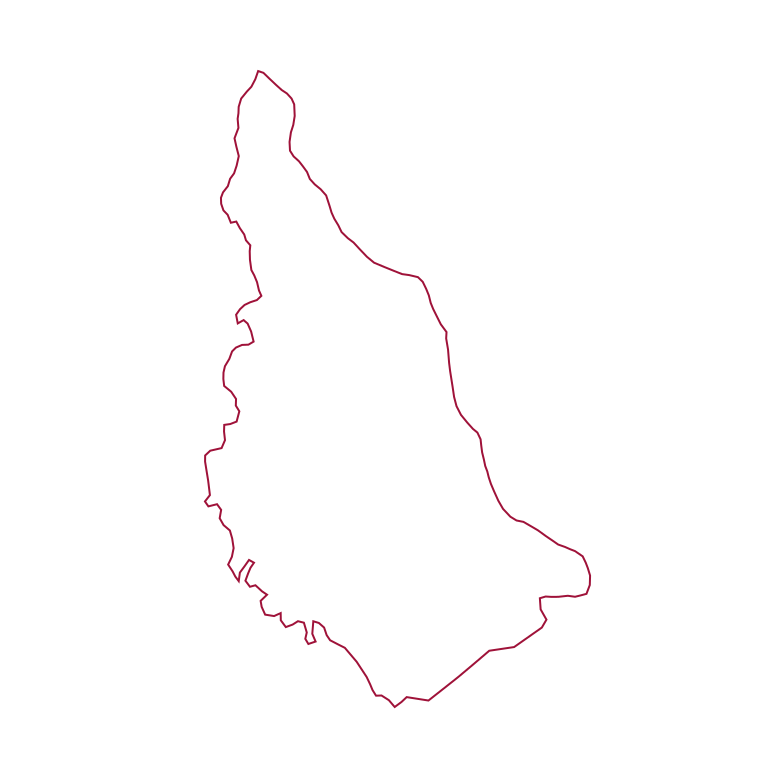 the district of Cachoeira, Bahia, Brazil, rotated 175°
{"feature_id": "56859067B44704214105859", "entity_name": "Cachoeira", "entity_type": "district", "adm_level": 2, "iso_a3": "BRA", "parent_name": "Brazil", "parent_adm1": "Bahia", "projection": "robinson", "projection_center": [-38.874, -12.677], "detail": "fine", "context": "isolated", "style": "outline", "palette": "rose", "viewbox_px": 768, "rotation_deg": 175, "n_neighbors": 0, "source": "geoboundaries", "source_scale": "gbopen_adm2", "svg_char_len": 2864}
<svg xmlns="http://www.w3.org/2000/svg" viewBox="0 0 768 768"><g transform="rotate(175 384 384)"><path d="M419.1,74.2L413.6,73.9L406.7,68.6L401.5,61.3L394.3,65.7L388.7,70.1L367.3,64.8L346.4,78.5L335.8,85.5L318.4,97.7L302.4,109.1L277.3,110.6L248.0,127.6L242.7,135.1L247.6,145.8L247.4,157.0L241.5,158.2L236.2,157.4L229.0,156.8L219.3,157.0L212.2,155.4L206.9,156.2L200.6,157.3L196.5,165.8L195.4,175.2L197.0,182.8L198.6,188.4L201.1,195.0L208.3,200.9L213.0,203.2L217.9,205.9L224.5,208.9L229.5,213.1L235.9,218.3L243.5,224.9L250.4,229.8L257.1,234.5L263.9,236.5L269.7,240.8L276.3,249.2L280.3,257.8L283.8,267.8L286.2,275.2L287.8,282.0L288.7,287.8L290.3,293.5L291.1,300.2L292.2,307.3L292.5,314.5L292.6,320.5L295.2,327.5L299.3,331.5L304.4,338.3L310.0,346.5L313.7,355.6L315.3,365.0L315.9,375.1L317.0,391.0L317.3,399.3L317.2,412.7L318.1,424.0L317.2,430.3L322.2,438.5L325.8,447.6L328.5,454.5L330.4,460.7L331.6,468.3L333.7,475.1L336.5,482.4L340.9,487.5L349.4,490.3L356.4,491.9L363.8,495.6L373.6,500.6L383.3,505.7L389.9,512.2L396.6,520.6L402.0,527.6L407.3,532.4L413.0,539.0L415.7,546.1L419.1,553.0L421.3,559.3L422.7,566.1L425.2,576.9L430.1,583.5L435.6,588.9L440.0,594.7L442.2,601.9L445.8,607.9L449.3,613.3L454.2,618.6L457.3,624.6L457.0,633.4L454.8,642.8L451.8,650.0L449.6,658.8L449.1,670.4L451.2,676.4L455.4,681.9L460.3,685.8L465.5,691.4L471.3,697.9L477.0,704.5L482.1,706.7L485.6,698.9L490.2,691.7L495.1,687.3L501.4,680.8L504.6,672.8L505.4,666.4L506.7,660.9L506.7,651.8L511.5,641.8L510.4,633.4L508.8,623.7L511.8,614.3L515.0,606.9L519.4,601.9L522.3,594.7L527.7,588.9L530.2,583.7L530.5,577.7L528.8,570.9L525.0,566.2L522.5,558.0L517.0,558.7L514.0,551.8L510.2,545.1L509.0,539.2L505.1,533.8L506.2,528.0L506.7,519.4L506.2,509.1L503.8,503.5L501.6,496.5L500.4,488.1L498.5,482.5L503.3,478.7L510.1,477.1L516.0,474.9L520.9,471.1L525.3,465.9L524.4,457.1L518.3,459.9L514.6,456.1L511.8,447.9L510.2,437.6L515.6,435.0L522.0,435.3L528.3,433.2L532.5,429.7L535.9,422.5L540.9,415.6L542.9,409.4L543.6,403.0L543.4,396.0L536.9,389.6L532.7,382.0L533.5,375.4L530.5,369.4L534.1,359.4L540.7,357.5L546.7,357.2L547.5,350.6L547.3,341.9L551.4,334.3L562.9,332.7L568.4,328.4L569.0,322.3L568.4,313.9L567.6,303.0L567.3,294.4L567.1,288.5L572.6,282.6L569.6,277.4L560.8,278.8L557.2,272.8L559.4,264.6L556.1,257.4L550.3,251.5L548.7,243.3L548.1,233.6L550.6,225.1L555.0,217.7L551.1,210.4L548.9,205.1L545.9,200.3L544.0,208.7L538.7,214.7L533.8,220.5L529.1,217.3L533.0,212.6L535.9,207.1L539.2,200.1L535.2,193.7L529.6,194.7L523.6,188.1L518.9,184.3L525.8,178.7L525.3,172.7L522.5,164.6L513.7,162.4L506.9,164.8L507.4,157.6L503.0,150.4L496.0,152.3L490.4,155.2L484.6,153.2L482.6,143.2L484.6,137.0L482.0,131.6L474.6,133.4L477.2,141.4L475.1,153.8L469.7,151.6L464.9,146.6L463.0,138.8L460.0,133.4L452.3,128.5L446.0,124.6L435.4,109.6L426.8,93.6L424.0,86.1L422.1,80.1L419.1,74.2Z" fill="none" stroke="#9f1239" stroke-width="2"/></g></svg>